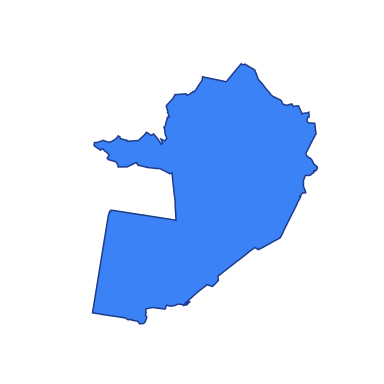 Dzelzavas pag., Madona, Latvia (Mercator projection), rotated 66°
{"feature_id": "27541924B55159579541929", "entity_name": "Dzelzavas pag.", "entity_type": "district", "adm_level": 2, "iso_a3": "LVA", "parent_name": "Latvia", "parent_adm1": "Madona", "projection": "mercator", "projection_center": [26.465, 56.987], "detail": "fine", "context": "isolated", "style": "filled", "palette": "blue", "viewbox_px": 384, "rotation_deg": 66, "n_neighbors": 0, "source": "geoboundaries", "source_scale": "gbopen_adm2", "svg_char_len": 5511}
<svg xmlns="http://www.w3.org/2000/svg" viewBox="0 0 384 384"><g transform="rotate(66 192 192)"><path d="M292.9,242.5L292.1,240.7L291.3,238.7L291.2,238.8L291.2,243.7L290.7,243.4L289.8,240.3L287.5,233.1L287.0,231.8L286.8,230.8L285.8,227.8L284.7,223.5L282.9,216.0L285.2,213.3L285.3,213.0L286.6,211.9L285.4,208.3L283.5,203.9L279.5,202.6L278.7,199.3L277.3,193.9L276.7,191.5L276.6,191.4L274.4,182.2L274.3,181.8L272.4,173.8L272.1,172.8L272.0,172.2L271.8,171.6L271.6,170.5L271.0,168.2L270.4,166.1L269.9,164.1L269.7,163.4L269.4,162.3L269.2,161.5L268.8,159.2L268.3,157.1L271.7,154.8L271.5,151.3L271.3,147.9L271.2,147.8L270.9,143.4L270.3,137.4L270.1,134.6L269.8,130.2L269.3,129.6L268.2,128.1L266.2,125.6L265.2,124.6L261.7,120.5L260.7,119.2L252.6,109.4L252.2,108.9L251.9,108.5L250.2,106.4L246.7,102.1L244.5,99.8L243.1,97.9L240.5,94.6L240.0,94.8L239.7,95.1L239.6,94.7L239.4,94.2L238.9,93.5L238.2,92.3L238.0,91.9L238.0,91.5L237.9,91.2L238.0,91.1L238.9,88.6L239.0,88.5L238.9,88.4L238.1,88.2L237.8,88.2L231.7,87.8L230.1,86.9L227.1,85.7L226.2,84.9L225.6,84.2L225.3,84.0L224.5,83.2L223.7,82.5L223.3,82.1L223.2,81.8L223.1,81.6L223.2,81.2L223.3,80.9L224.0,79.5L224.5,78.6L224.6,77.1L224.7,76.5L224.1,75.0L223.9,74.7L224.0,74.3L224.0,73.9L223.9,73.8L223.9,73.6L223.8,73.4L223.8,73.1L223.7,72.7L223.4,72.4L223.2,72.2L222.5,72.3L222.4,72.3L222.1,72.1L222.1,71.9L222.2,71.6L222.4,71.3L222.6,71.2L222.7,70.8L222.7,70.7L222.8,70.6L222.8,70.4L222.9,70.2L222.8,69.9L222.7,69.8L222.7,69.7L222.4,69.3L221.4,68.0L220.2,67.3L218.9,68.0L217.8,68.4L216.3,69.1L216.1,69.2L210.5,69.6L208.3,71.0L206.6,72.0L205.6,72.4L203.1,72.4L203.0,72.2L202.6,71.8L200.2,68.8L198.7,66.8L196.0,63.7L192.9,59.8L192.3,59.1L191.7,57.9L189.8,56.3L189.7,55.2L185.5,53.9L181.5,52.6L179.1,52.0L178.3,53.5L176.2,57.7L173.8,58.1L172.2,57.0L171.4,56.5L171.0,54.4L168.1,53.4L166.6,52.8L166.6,53.8L166.6,54.9L165.9,56.5L165.8,56.8L165.5,57.9L165.3,58.7L165.3,59.0L165.4,59.8L162.8,59.7L160.7,59.7L156.6,59.6L156.4,60.1L155.6,62.5L154.9,64.7L152.1,65.0L151.3,69.9L151.1,70.8L149.4,72.3L148.5,73.4L146.5,73.4L145.7,73.3L145.3,73.3L144.5,73.4L143.9,73.8L143.5,74.1L141.0,76.3L139.8,77.2L138.9,78.0L138.6,78.3L137.0,79.5L135.4,80.3L133.7,80.6L131.6,81.2L129.1,82.0L127.6,82.4L126.1,82.8L123.7,83.3L115.9,85.6L115.6,85.6L111.2,85.4L110.9,85.3L110.0,85.0L109.9,85.0L109.6,85.3L107.5,85.1L106.0,85.0L102.3,87.7L96.6,91.7L96.6,91.8L96.7,92.3L96.8,92.7L96.7,93.2L96.5,93.6L96.0,94.2L95.2,94.9L94.9,94.9L96.3,97.9L97.4,100.0L98.5,102.4L103.7,112.8L103.9,113.1L105.0,115.4L104.9,116.0L104.9,116.8L104.4,117.2L104.1,117.5L103.9,117.6L102.8,119.2L100.3,122.6L99.5,123.8L97.9,126.1L97.2,127.0L92.8,133.1L91.1,135.4L93.8,137.2L94.1,137.5L94.4,137.9L98.5,144.4L99.6,145.9L100.5,147.3L100.7,147.9L100.9,148.5L101.1,149.1L101.1,149.7L100.9,149.9L100.7,150.1L100.7,150.3L100.8,150.3L101.8,155.4L101.5,156.8L101.5,157.2L99.9,157.4L96.7,166.4L96.1,167.6L96.3,167.9L96.2,168.0L98.9,171.5L100.1,174.3L100.4,175.1L102.6,180.2L102.8,180.4L103.5,180.6L104.0,180.8L104.5,180.9L104.9,180.8L105.7,180.9L106.4,181.0L107.6,181.2L109.2,181.5L109.3,181.8L109.4,181.7L111.1,182.0L113.3,182.2L114.5,182.3L113.7,184.0L118.4,187.8L121.2,190.0L121.5,191.4L123.6,191.5L128.5,193.0L132.8,193.2L133.6,194.8L134.3,196.1L131.0,198.8L133.6,199.0L135.6,199.2L135.6,199.8L135.9,200.7L129.7,201.6L123.3,203.5L123.7,206.2L119.2,209.0L118.9,209.6L120.3,211.7L123.2,220.1L119.5,229.9L119.4,230.0L119.5,230.0L119.1,230.6L118.3,230.4L117.4,231.6L115.1,234.6L114.5,235.2L113.9,235.8L112.4,235.4L110.7,236.6L111.0,237.0L111.5,237.8L112.0,238.8L112.3,239.4L112.6,240.9L112.7,241.5L113.0,243.8L113.1,244.7L113.1,245.7L112.9,246.4L112.6,248.0L112.3,248.4L108.9,251.9L108.5,252.6L108.5,253.8L108.4,256.7L108.3,257.2L108.2,257.9L108.1,258.5L108.1,258.8L107.9,259.2L107.7,259.7L107.4,260.2L107.2,261.0L109.4,262.5L110.2,262.4L110.7,262.2L113.4,260.4L116.5,258.6L116.2,256.7L116.4,255.9L117.4,255.6L118.6,255.2L119.7,254.6L124.3,252.5L126.2,255.0L126.7,255.8L128.7,254.9L133.3,249.4L137.0,248.6L139.0,249.3L142.4,241.7L142.6,241.0L142.7,240.6L142.4,230.8L142.7,230.8L145.4,230.5L145.5,230.5L148.6,226.4L151.6,222.5L152.9,220.3L157.2,212.8L157.2,212.7L157.4,211.6L159.2,210.6L159.6,210.2L159.8,210.1L160.1,209.8L160.8,209.2L161.9,208.2L162.7,207.6L166.3,204.8L166.6,202.5L168.7,203.2L171.2,204.1L178.6,206.5L180.6,207.1L185.0,208.6L187.1,209.3L189.3,209.8L190.4,210.1L193.1,210.9L193.0,211.0L194.2,211.5L204.4,215.5L204.5,215.5L204.5,215.4L205.6,215.9L211.3,218.1L206.9,224.7L206.9,224.8L205.2,227.5L204.5,228.4L200.3,235.0L197.8,238.9L193.4,245.6L193.5,245.6L175.7,273.2L176.5,273.9L176.8,274.3L176.1,275.0L179.5,278.0L188.1,283.7L197.8,290.0L202.0,292.8L261.9,332.0L264.6,327.9L266.8,324.4L267.0,324.4L270.6,318.7L277.4,308.0L279.1,305.5L279.3,305.2L279.2,305.1L279.9,304.1L280.3,303.8L280.9,303.5L281.4,303.3L281.6,303.2L281.8,303.0L282.2,302.8L282.6,302.4L282.8,302.1L283.0,301.7L282.9,301.3L282.9,301.1L283.0,300.9L284.8,298.7L284.7,298.7L285.1,298.3L288.0,294.2L291.1,293.5L291.1,293.0L291.4,292.5L292.0,291.3L292.3,290.2L292.3,289.4L292.2,288.8L292.1,288.5L291.9,288.2L290.9,287.0L289.9,285.9L289.3,285.3L288.9,284.9L287.4,284.1L285.6,284.7L285.4,284.7L283.7,283.0L282.9,283.2L280.0,281.3L280.6,278.7L280.8,277.7L281.2,276.4L281.5,274.9L282.9,272.7L288.0,264.3L288.0,264.2L287.6,263.8L287.5,263.6L287.4,263.6L285.0,261.4L285.2,261.2L287.4,258.3L288.0,257.0L288.2,255.8L288.4,254.4L288.5,254.3L288.8,253.8L288.7,250.2L291.6,245.6L292.3,245.8L292.7,242.5L292.9,242.5Z" fill="#3b82f6" stroke="#1e3a8a" stroke-width="1.5"/></g></svg>